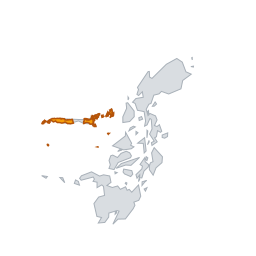 Palawan on a map of Philippines (Albers equal-area conic projection), rotated 46°
{"feature_id": "PHL-2534", "entity_name": "Palawan", "entity_type": "Province", "adm_level": 1, "iso_a3": "PHL", "parent_name": "Philippines", "parent_adm1": "", "projection": "albers", "projection_center": [119.135, 9.647], "detail": "fine", "context": "in_parent", "style": "filled", "palette": "amber", "viewbox_px": 256, "rotation_deg": 46, "n_neighbors": 0, "source": "natural_earth", "source_scale": "10m", "svg_char_len": 9225}
<svg xmlns="http://www.w3.org/2000/svg" viewBox="0 0 256 256"><g transform="rotate(46 128 128)"><path d="M118.3,43.2L127.8,47.3L133.2,45.1L131.8,55.6L136.6,62.7L131.8,75.1L124.9,78.5L125.0,82.0L122.3,86.6L126.3,94.4L125.4,96.5L127.2,101.9L133.0,105.0L132.8,102.1L138.4,99.8L142.4,101.5L144.6,107.3L147.1,106.1L147.4,103.1L153.8,106.0L153.7,107.6L150.4,108.6L154.0,113.6L153.6,115.7L158.2,116.6L157.2,122.9L154.8,121.3L155.7,118.3L147.4,116.7L145.4,111.4L138.0,105.3L136.4,105.6L139.0,112.1L138.2,114.8L135.2,110.5L127.4,105.0L121.8,108.9L115.3,105.8L112.6,106.8L112.3,101.8L116.5,95.7L111.9,92.5L112.0,97.8L110.0,98.2L107.6,93.7L105.4,93.0L101.4,74.4L102.1,73.4L106.4,77.1L109.0,76.3L108.8,56.1L111.9,44.6L118.3,43.2ZM176.3,160.0L185.9,166.2L187.5,170.5L185.4,175.3L188.4,176.7L189.7,180.5L191.6,193.1L186.6,198.5L186.7,205.7L181.6,192.2L179.8,193.2L175.9,200.9L178.7,203.8L179.8,210.3L175.7,215.4L174.0,209.2L170.0,211.8L158.7,205.0L157.3,197.1L160.2,191.7L153.0,186.2L150.7,186.4L149.4,191.7L145.5,187.9L142.1,190.2L141.4,187.6L139.1,187.1L133.0,198.0L130.6,197.8L130.0,194.7L134.2,184.7L142.9,181.8L144.7,178.1L149.8,174.5L155.3,178.0L154.7,183.1L159.9,180.6L162.5,175.7L166.8,176.1L168.6,170.6L172.2,171.9L173.0,169.8L176.8,169.9L176.3,160.0ZM148.2,166.9L143.9,169.8L142.2,166.3L138.2,164.2L136.0,159.7L136.9,157.8L141.9,156.1L141.4,150.6L143.5,145.4L147.0,144.0L150.4,144.9L151.1,146.8L146.0,159.0L148.2,166.9ZM172.6,123.2L176.5,127.6L176.1,135.5L179.4,142.7L172.8,141.6L170.2,139.0L168.6,136.1L169.6,133.4L162.3,128.3L160.3,122.8L172.6,123.2ZM129.4,132.7L141.5,136.0L142.2,138.1L145.7,136.8L145.2,140.1L140.7,146.3L130.1,151.5L131.9,135.5L129.4,132.7ZM84.0,167.4L67.9,179.2L69.7,174.6L94.3,151.2L95.4,144.6L98.6,140.0L98.3,144.8L100.4,150.9L93.9,156.7L88.5,158.7L84.0,167.4ZM109.6,110.7L120.0,111.8L124.2,115.7L124.5,122.3L120.5,127.9L116.4,124.0L112.9,115.3L108.8,112.1L109.6,110.7ZM164.2,139.1L168.8,138.6L170.1,140.7L170.1,146.4L173.5,152.7L171.9,154.3L169.8,152.0L170.4,156.4L167.1,154.7L167.1,146.5L165.4,144.1L162.6,144.7L161.0,136.6L164.2,139.1ZM148.8,164.5L148.9,157.6L157.2,140.1L156.9,151.8L153.0,155.4L148.8,164.5ZM164.8,159.8L158.6,162.4L156.2,162.1L154.6,159.6L161.3,154.9L164.5,156.6L164.8,159.8ZM146.5,122.8L157.1,130.9L157.2,133.7L149.7,127.7L145.6,131.6L146.5,122.8ZM160.8,108.7L158.6,110.0L156.8,108.3L159.1,102.8L161.6,105.5L160.8,108.7ZM135.4,202.6L130.6,205.1L128.9,201.8L131.9,200.8L135.4,202.6ZM102.9,126.9L107.4,127.9L108.5,130.7L104.6,130.8L102.9,126.9ZM129.2,110.3L131.8,111.3L130.4,114.7L128.1,113.1L129.2,110.3ZM118.4,209.5L123.4,211.5L116.3,211.4L118.4,209.5ZM179.1,157.9L176.5,155.2L178.7,150.9L178.5,153.5L179.1,157.9ZM132.3,122.0L130.7,129.3L129.5,126.3L130.5,122.8L132.3,122.0ZM106.9,219.7L107.2,221.9L102.3,223.2L106.9,219.7ZM130.6,90.8L130.5,94.0L129.3,95.4L128.1,90.4L130.6,90.8ZM139.8,147.4L137.7,151.7L137.7,149.2L139.8,147.4ZM104.9,132.0L103.7,135.0L102.6,131.5L104.9,132.0ZM164.6,137.1L163.0,137.2L161.3,134.8L163.3,134.5L164.6,137.1ZM138.3,124.1L138.3,126.9L136.0,124.6L138.3,124.1ZM185.5,159.3L183.1,158.8L184.1,155.8L185.5,159.3ZM143.9,115.8L148.2,121.2L142.8,115.9L143.9,115.8ZM104.6,149.9L101.8,151.5L102.5,149.0L104.6,149.9ZM152.6,166.8L152.0,169.1L150.4,167.9L152.6,166.8ZM152.7,122.4L153.6,125.6L151.5,121.5L152.7,122.4ZM66.0,185.7L64.6,185.5L64.9,183.4L66.0,183.2L66.0,185.7ZM167.7,168.4L165.9,168.5L165.7,167.3L166.8,167.0L167.7,168.4ZM181.1,197.2L179.8,195.7L180.1,194.2L181.1,194.9L181.1,197.2ZM107.1,106.7L107.9,108.5L105.7,106.4L107.1,106.7ZM173.1,155.3L173.8,157.7L171.8,154.8L173.1,155.3ZM129.6,38.6L127.5,40.1L129.0,37.9L129.6,38.6ZM132.5,103.5L129.7,102.1L129.7,101.1L132.5,103.5ZM121.9,32.8L123.7,34.5L121.7,33.4L121.9,32.8Z" fill="#d9dde1" stroke="#a8b0b8" stroke-width="1"/><path d="M86.6,163.9L86.0,164.9L85.6,165.4L85.3,166.0L84.8,166.7L83.9,167.2L82.9,168.4L82.1,168.5L81.5,168.7L80.7,168.8L80.0,169.2L79.7,169.9L79.7,170.2L79.0,171.5L78.4,172.3L77.0,173.1L76.1,173.8L75.0,175.0L74.4,175.1L73.8,175.3L72.8,175.2L72.5,175.3L72.4,175.6L72.4,176.2L71.9,177.0L71.8,177.4L71.5,177.5L71.4,177.3L69.6,177.9L69.2,178.1L69.0,178.5L68.6,178.6L68.3,179.0L67.6,179.7L67.5,179.1L67.7,178.5L68.0,178.3L68.0,177.5L68.1,177.3L68.2,177.0L68.6,176.3L68.5,176.0L68.9,175.6L69.7,174.8L69.8,174.4L70.0,174.2L70.6,174.0L70.8,173.8L71.9,172.2L73.3,170.9L73.7,170.1L74.5,169.7L74.6,170.0L75.1,169.8L75.5,169.0L75.4,168.8L76.5,168.1L76.8,167.5L77.0,167.4L77.8,167.4L78.1,167.3L78.1,167.6L78.3,167.7L79.0,167.0L80.0,166.3L80.0,165.7L80.8,165.2L81.1,164.5L81.9,163.9L82.2,163.5L82.6,163.0L82.8,162.8L82.8,162.4L83.0,162.1L83.3,162.1L86.6,163.9ZM91.3,153.5L91.7,153.4L91.7,153.2L91.8,152.9L91.6,152.8L91.2,153.0L91.1,152.8L91.1,152.6L91.4,152.2L91.8,152.1L92.3,152.3L92.5,151.9L92.8,151.9L92.5,151.5L92.5,151.3L93.0,151.0L92.9,151.3L93.1,152.3L93.4,152.2L93.8,151.9L94.0,151.5L94.3,151.4L94.4,151.1L94.8,151.0L95.0,150.8L94.6,150.3L94.7,150.1L94.9,150.2L95.2,150.1L95.6,149.7L95.9,147.9L95.9,147.7L95.5,147.2L95.3,147.2L95.2,147.4L94.9,146.5L94.3,146.2L94.8,145.7L94.4,145.3L94.5,145.1L94.3,145.0L94.4,144.9L94.6,144.9L94.7,145.2L94.8,145.2L95.0,145.2L95.0,145.4L95.2,145.8L94.9,145.8L95.0,145.9L95.5,145.8L95.4,146.1L95.8,146.6L96.0,146.7L96.4,147.0L96.7,147.4L96.9,147.3L97.2,147.8L97.5,147.8L97.5,147.5L97.1,146.9L97.4,146.5L96.9,146.1L96.2,146.0L96.0,145.8L95.9,145.6L96.1,145.1L95.6,145.1L95.6,144.2L95.7,143.9L95.8,143.9L95.8,144.2L96.1,144.2L95.7,143.4L95.7,143.0L95.8,142.8L96.3,143.5L96.7,143.6L96.8,143.5L96.9,142.9L97.0,142.6L96.6,142.1L96.5,141.7L96.8,141.6L97.0,141.2L96.9,140.3L97.0,140.0L97.1,139.7L97.3,139.8L97.6,139.4L97.7,138.7L98.0,138.6L98.2,139.7L98.4,139.9L98.6,139.7L98.8,140.2L98.8,140.7L98.7,141.3L98.1,142.6L98.3,143.0L98.7,143.4L98.9,144.0L98.7,144.2L98.2,144.0L98.0,144.6L98.1,145.2L98.0,145.7L98.3,146.6L98.7,146.6L99.2,146.4L99.3,146.6L99.2,147.1L99.2,148.0L99.1,148.6L99.3,148.7L99.9,148.5L100.1,148.8L99.7,148.8L99.8,149.2L100.0,149.4L100.1,149.9L100.2,150.2L100.7,150.4L100.9,150.6L100.7,150.9L100.1,151.1L99.9,151.5L98.8,152.6L98.0,152.6L97.5,152.5L96.1,153.2L95.1,154.1L94.8,154.6L94.5,155.2L94.3,156.4L94.0,156.8L92.5,155.4L92.6,154.8L91.3,153.5ZM109.0,130.5L109.0,130.8L108.7,130.9L108.5,131.0L108.0,130.8L107.5,131.0L107.1,130.8L106.9,130.8L106.9,130.6L106.3,130.5L106.2,130.6L106.3,130.7L106.2,131.2L105.9,131.3L105.5,130.9L104.9,130.9L104.4,130.7L104.2,130.5L104.0,130.2L103.7,129.7L103.6,129.1L103.1,128.1L102.8,128.4L102.6,128.8L102.4,128.7L102.7,128.3L102.8,127.5L103.4,127.2L103.1,127.2L102.9,127.3L102.8,126.8L102.9,126.6L103.5,126.7L103.6,127.2L104.5,127.4L105.5,128.2L105.9,128.3L105.7,128.4L105.7,128.7L106.0,128.7L107.0,129.4L107.1,129.2L107.3,129.2L107.3,128.0L107.7,128.4L107.7,129.0L107.8,129.1L108.2,129.1L108.2,129.3L108.3,129.2L108.9,129.8L108.9,130.2L108.6,130.4L108.5,130.6L108.8,130.5L109.0,130.5ZM104.5,132.1L105.1,132.6L105.5,132.7L105.1,132.8L105.1,133.1L104.9,133.3L105.0,133.4L105.3,133.5L105.5,133.7L105.1,134.1L105.3,134.3L105.1,134.8L104.6,135.1L104.2,135.1L104.0,135.4L103.9,135.1L103.8,134.8L103.9,134.4L104.2,134.7L104.1,134.3L104.5,134.0L104.5,133.8L104.4,133.6L104.2,133.7L104.1,133.9L103.9,134.0L103.5,133.9L103.3,133.3L103.2,133.2L103.4,133.0L102.8,132.3L102.5,131.5L103.0,131.7L103.0,131.4L103.2,131.2L103.4,131.1L103.5,131.4L104.0,131.7L103.9,131.8L104.8,131.9L104.8,132.0L104.5,132.1ZM102.6,149.0L104.5,149.8L104.6,150.0L104.4,150.1L104.4,150.3L104.1,150.5L103.8,150.4L103.7,150.7L103.3,150.1L103.4,150.9L103.4,151.1L103.0,151.1L102.9,151.3L102.2,151.6L101.7,151.4L101.6,151.0L101.6,150.4L101.4,150.5L101.2,150.3L101.8,149.9L102.4,149.0L102.6,149.0ZM66.1,183.3L66.1,183.7L66.2,184.0L65.9,184.2L66.1,185.2L66.0,185.7L66.1,185.8L65.7,186.3L65.3,186.5L65.3,186.8L65.1,186.8L64.9,186.7L65.0,186.5L64.9,186.2L64.4,185.2L64.5,183.3L64.8,183.7L65.0,183.7L65.2,183.3L66.0,183.2L66.1,183.3ZM69.2,179.7L69.7,180.1L69.6,180.9L69.8,181.2L69.5,181.5L69.4,181.6L69.2,181.5L68.8,181.7L68.7,181.4L68.6,180.6L68.7,180.0L68.8,179.8L69.0,179.9L69.2,179.7ZM102.7,137.3L102.8,137.8L102.8,138.3L102.3,139.2L102.1,139.0L102.1,138.9L102.3,138.5L101.8,138.4L101.6,138.7L101.5,138.8L101.3,138.5L101.0,138.4L100.9,138.1L100.7,138.1L100.9,137.8L101.5,138.3L101.6,138.2L101.6,137.6L102.0,138.1L102.1,137.9L102.3,138.1L102.4,137.7L102.2,137.4L102.5,137.3L102.7,137.3ZM85.3,197.4L85.0,197.3L85.2,197.8L84.8,197.9L84.0,197.7L83.9,197.6L83.8,197.3L84.2,197.0L84.4,197.0L84.9,196.9L85.2,197.0L85.3,197.3L85.3,197.4ZM108.2,131.8L107.9,132.0L108.0,132.2L107.9,132.7L108.1,133.2L107.9,133.3L107.1,131.6L107.9,131.3L108.1,131.4L108.2,131.8ZM118.8,145.3L118.8,145.8L118.6,146.3L118.7,146.5L118.0,146.5L117.8,146.4L118.0,145.9L118.7,145.4L118.8,145.3ZM99.7,143.3L99.8,143.6L99.9,144.0L99.6,144.0L99.4,144.1L99.4,143.9L99.0,143.6L99.0,142.9L99.7,143.3ZM68.2,179.9L68.5,179.8L68.5,180.1L67.8,180.6L67.5,180.6L67.4,180.3L68.2,179.6L68.1,179.8L68.2,179.9ZM65.4,183.2L65.1,182.8L65.0,182.7L65.6,182.3L65.8,182.5L65.9,183.0L65.4,183.2ZM99.4,141.5L99.6,141.7L99.6,141.9L99.1,142.3L98.8,142.3L98.9,141.8L99.4,141.5ZM67.1,181.7L67.5,181.8L67.7,182.1L67.4,182.1L67.1,182.0L67.0,181.9L67.1,181.7ZM121.0,162.4L121.0,162.5L120.7,162.9L120.4,163.1L120.6,162.7L120.8,162.6L121.0,162.2L121.0,162.4Z" fill="#f59e0b" stroke="#b45309" stroke-width="1.5"/></g></svg>